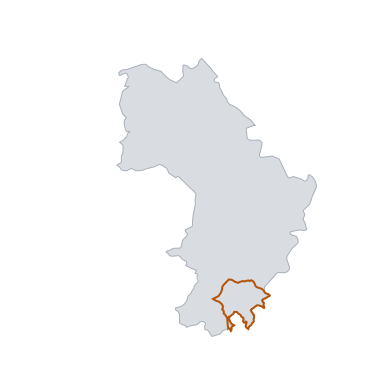 Beyla highlighted on a map of Guinea, rotated 44°
{"feature_id": "GIN-5627", "entity_name": "Beyla", "entity_type": "Prefecture", "adm_level": 1, "iso_a3": "GIN", "parent_name": "Guinea", "parent_adm1": "", "projection": "orthographic", "projection_center": [-8.118, 8.717], "detail": "fine", "context": "in_parent", "style": "outline", "palette": "amber", "viewbox_px": 384, "rotation_deg": 44, "n_neighbors": 0, "source": "natural_earth", "source_scale": "10m", "svg_char_len": 5847}
<svg xmlns="http://www.w3.org/2000/svg" viewBox="0 0 384 384"><g transform="rotate(44 192 192)"><path d="M230.6,247.1L227.7,246.7L226.4,247.3L222.6,251.7L220.4,253.4L216.9,252.9L215.6,253.2L214.7,252.7L216.0,250.2L217.8,245.4L222.5,240.5L222.6,239.5L220.7,236.7L218.7,232.8L218.8,228.6L218.4,225.6L214.3,224.7L213.6,224.2L213.5,223.2L215.8,218.0L216.0,216.9L215.7,216.0L213.2,213.3L209.3,208.4L202.7,198.2L200.2,196.1L197.8,193.0L196.9,191.0L194.4,190.3L171.0,190.2L170.5,192.9L162.4,194.5L157.5,192.5L151.9,193.6L149.2,194.9L147.1,200.8L145.9,202.0L144.6,204.6L143.5,206.1L142.3,209.0L139.6,213.1L136.8,215.7L132.1,217.1L130.5,221.4L129.4,223.0L127.6,224.3L125.7,225.1L121.8,224.2L119.7,225.0L119.3,223.9L120.6,220.4L119.6,218.6L116.0,215.0L115.7,213.2L114.6,211.0L109.8,206.3L105.3,206.5L106.6,202.7L106.6,197.5L105.1,194.7L105.6,191.9L104.7,192.0L103.2,194.0L100.8,193.3L95.9,190.2L93.5,187.2L93.2,184.7L92.7,183.7L91.2,184.2L88.1,184.1L78.8,179.4L72.3,168.0L72.2,165.5L73.3,161.1L73.1,159.9L70.0,162.8L69.4,160.8L67.2,156.3L66.6,153.7L64.3,152.5L62.5,152.2L61.1,153.1L59.2,158.3L57.8,158.3L56.4,157.1L56.8,153.2L60.5,148.3L66.8,135.9L69.0,133.1L70.4,132.2L73.3,132.1L78.9,130.5L85.8,126.7L91.0,127.1L97.2,126.8L105.2,124.2L105.5,115.8L105.3,114.0L102.4,112.3L100.8,110.8L99.4,108.9L97.7,107.6L97.8,106.2L101.4,104.5L104.7,104.5L105.8,103.9L106.6,102.7L107.6,99.7L108.0,96.5L105.9,92.2L106.1,89.2L117.9,89.8L124.3,90.7L129.6,91.0L130.4,91.7L129.6,94.6L130.3,96.4L132.1,96.9L135.0,94.9L136.6,95.3L139.9,97.9L142.9,98.7L146.3,100.1L149.4,100.9L152.2,100.8L154.3,102.3L158.2,102.8L163.3,101.0L167.3,100.2L173.0,100.1L175.9,100.7L184.5,99.4L191.2,100.2L190.1,101.2L187.0,107.9L187.3,109.1L194.1,114.8L195.7,115.2L197.6,114.5L200.5,111.9L202.9,109.1L205.1,107.7L207.7,107.8L209.8,109.8L214.6,118.3L215.8,119.3L217.0,119.3L219.1,117.8L220.2,115.9L224.8,110.4L231.8,107.7L248.4,114.1L250.8,114.6L252.3,114.2L254.3,110.4L260.6,107.2L263.6,106.4L265.3,106.2L266.0,105.2L266.3,103.7L266.0,102.1L264.1,99.3L264.0,98.4L265.1,97.9L267.5,97.5L270.6,97.8L274.1,99.0L276.9,100.8L278.5,102.9L281.6,111.8L285.1,118.7L284.9,128.1L286.4,129.0L288.2,129.4L289.0,130.1L290.6,134.0L292.3,135.1L294.2,135.4L297.8,137.8L300.1,138.8L300.4,139.5L300.3,140.6L299.4,141.9L295.9,144.4L294.2,146.6L290.7,151.9L290.5,152.9L291.3,153.6L292.8,153.7L294.3,153.4L297.6,151.4L300.2,152.1L302.6,153.6L303.6,155.1L303.8,157.1L303.2,159.7L303.1,162.6L304.0,167.6L305.2,172.5L306.5,174.3L314.8,178.6L315.6,180.3L316.0,182.1L315.4,184.6L314.6,186.0L310.0,189.8L309.3,191.7L309.7,195.1L310.0,209.5L311.8,212.0L313.9,213.2L318.9,212.5L318.8,216.5L318.1,221.0L321.0,222.4L322.5,223.8L323.3,225.1L318.7,227.5L317.4,228.9L316.7,232.6L316.9,236.1L323.1,238.6L325.5,241.5L326.5,244.5L326.9,250.2L326.3,251.5L324.7,251.5L321.6,248.0L316.8,247.6L313.3,247.0L307.3,247.4L306.3,248.5L305.6,256.0L307.0,257.3L309.9,258.7L311.7,259.4L313.3,259.2L314.5,260.1L314.7,262.6L313.9,264.4L312.3,266.1L310.4,270.5L310.8,274.5L307.4,280.9L306.5,282.1L302.0,280.9L299.1,280.4L297.0,282.1L294.1,279.6L293.6,277.6L292.6,277.2L290.6,277.2L288.8,278.3L288.0,280.3L287.6,284.4L284.4,288.3L282.1,293.1L279.4,292.6L278.8,293.2L276.0,294.5L273.6,294.8L273.0,293.5L271.5,292.5L270.0,290.4L268.2,288.8L264.8,287.6L263.4,288.1L261.8,288.0L260.8,287.3L260.9,286.3L262.7,283.8L263.7,281.5L264.3,278.9L264.3,276.5L263.4,273.1L261.8,270.4L261.5,268.9L261.6,266.6L261.3,264.6L260.8,263.5L260.1,259.6L259.2,258.8L258.7,255.7L258.9,252.5L257.5,251.3L255.5,250.4L254.2,249.1L253.5,247.7L252.7,247.3L252.1,247.4L251.5,248.2L250.8,248.4L249.6,245.4L249.1,245.3L248.3,246.0L238.7,249.3L237.4,246.4L235.6,245.9L232.4,247.0L230.6,247.1Z" fill="#d9dde1" stroke="#a8b0b8" stroke-width="1"/><path d="M312.5,213.2L313.1,213.5L313.9,213.7L314.7,213.7L315.4,213.7L316.1,213.4L317.5,212.6L318.3,212.4L319.8,212.4L320.0,212.8L319.1,215.7L318.9,216.6L317.6,219.9L317.7,221.2L319.6,222.0L320.0,221.9L320.4,221.7L320.7,221.8L321.2,222.7L321.6,223.2L322.4,223.8L324.0,224.7L324.4,225.2L324.4,225.3L323.8,225.7L322.9,225.8L322.2,225.8L321.5,225.9L318.1,227.6L317.6,228.2L317.2,229.1L317.1,230.0L316.9,231.9L316.2,235.1L316.6,236.3L318.3,236.8L319.1,236.9L321.3,237.5L321.5,237.5L321.9,237.3L322.1,237.3L322.3,237.5L322.6,238.0L322.8,238.2L323.5,238.8L323.8,239.1L324.7,240.7L325.0,241.1L326.0,241.8L326.3,242.1L326.5,242.8L326.4,244.3L326.5,245.1L327.0,246.6L327.0,247.3L326.7,248.2L326.6,249.1L326.8,249.9L327.6,251.5L325.4,251.7L324.4,251.6L323.6,251.1L322.4,248.7L321.6,247.6L320.8,247.8L320.7,248.3L320.8,249.0L320.7,249.5L320.1,249.8L319.4,249.8L318.8,249.6L318.3,249.3L317.9,248.9L317.6,248.4L317.4,247.9L317.2,247.4L316.7,247.0L316.2,246.9L315.6,247.0L314.5,247.3L314.2,247.2L313.5,247.3L313.2,247.3L313.0,247.2L312.6,246.8L312.2,246.7L311.5,246.8L310.3,247.2L309.5,247.3L308.2,247.1L307.7,247.1L305.9,248.6L305.7,248.8L305.7,249.3L305.9,249.7L306.1,250.1L306.3,250.6L306.4,251.3L305.9,253.5L305.9,254.2L306.0,254.9L305.9,255.3L305.3,255.9L305.2,256.3L308.3,258.4L311.9,259.5L312.3,259.4L314.5,258.6L315.0,258.6L315.0,259.0L314.8,259.5L314.5,260.0L314.3,261.1L314.3,261.7L314.5,262.2L315.2,262.6L315.8,263.3L316.3,264.1L316.4,264.5L316.5,265.0L315.8,264.9L315.4,264.6L315.0,264.3L314.6,264.2L313.1,264.5L312.5,264.4L312.6,264.8L311.0,263.7L307.4,260.4L304.7,258.2L301.4,257.3L299.2,257.4L298.6,256.5L297.4,255.6L295.2,255.4L294.7,254.0L293.3,252.5L290.9,251.9L287.8,252.1L284.6,253.6L281.4,254.3L281.9,252.8L282.7,250.6L283.4,248.2L282.8,244.9L281.6,241.7L279.8,239.3L279.3,237.6L279.2,229.5L280.8,228.0L282.4,227.3L285.2,226.7L286.8,226.0L288.2,225.4L288.2,225.2L288.3,225.0L288.6,224.3L288.6,224.0L288.8,223.6L290.4,220.8L292.1,219.6L292.9,218.0L294.2,216.3L295.5,215.9L295.8,214.4L297.4,213.8L299.3,213.9L300.8,214.5L303.3,215.6L305.1,215.3L307.3,214.2L309.6,213.1L312.5,213.2Z" fill="none" stroke="#b45309" stroke-width="2"/></g></svg>